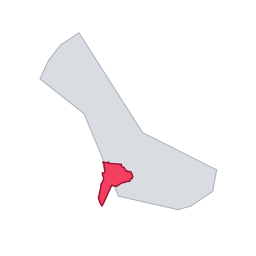 location of Piti, Guam, rotated 283°
{"feature_id": "77769853B27536991093250", "entity_name": "Piti", "entity_type": "district", "adm_level": 2, "iso_a3": "GUM", "parent_name": "Guam", "parent_adm1": "", "projection": "albers", "projection_center": [144.681, 13.441], "detail": "fine", "context": "in_parent", "style": "filled", "palette": "rose", "viewbox_px": 256, "rotation_deg": 283, "n_neighbors": 0, "source": "geoboundaries", "source_scale": "gbopen_adm2", "svg_char_len": 1215}
<svg xmlns="http://www.w3.org/2000/svg" viewBox="0 0 256 256"><g transform="rotate(283 128 128)"><path d="M107.1,223.8L85.3,224.8L66.3,207.0L59.7,195.1L59.4,134.0L132.1,81.9L156.0,31.2L175.9,35.3L193.6,43.6L209.7,58.8L126.7,143.3L107.1,223.8Z" fill="#d9dde1" stroke="#a8b0b8" stroke-width="1"/><path d="M86.1,139.5L85.3,137.4L86.1,136.6L85.9,135.6L88.5,133.2L89.0,131.2L89.9,129.8L91.1,129.7L91.0,129.1L90.5,125.8L90.3,124.4L89.6,119.7L89.3,117.5L89.5,117.4L89.8,117.3L90.3,116.3L89.5,115.2L89.0,113.7L89.3,111.8L89.0,111.2L88.9,111.3L86.8,113.0L85.2,113.2L84.3,113.7L81.7,114.7L81.1,115.1L80.8,115.4L80.3,115.5L79.4,115.1L78.9,114.7L78.5,114.1L78.8,113.5L78.4,113.2L76.9,113.6L76.1,114.0L75.2,114.7L73.9,115.4L72.8,115.7L71.1,115.5L70.3,115.4L66.4,114.2L65.9,114.7L65.7,114.8L59.0,114.9L56.6,114.9L54.5,114.9L53.9,114.8L53.7,114.8L52.5,115.3L51.3,116.1L49.4,117.2L47.7,118.6L47.2,119.1L46.3,120.1L48.1,120.8L68.4,124.9L68.5,129.9L72.9,134.0L73.1,134.2L73.3,134.3L73.4,134.5L73.5,135.4L73.9,135.8L74.0,136.3L74.2,137.1L75.6,138.6L76.1,140.7L76.7,141.7L77.3,141.5L78.1,142.1L79.0,142.1L79.7,143.3L81.5,143.6L82.1,143.1L83.2,142.7L85.5,141.0L86.1,139.5Z" fill="#f43f5e" stroke="#9f1239" stroke-width="1.5"/></g></svg>